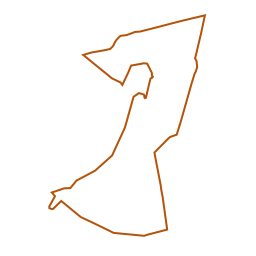 Reifi Kassla, Kassala, Sudan, rotated 357°
{"feature_id": "16777658B3769079063022", "entity_name": "Reifi Kassla", "entity_type": "district", "adm_level": 2, "iso_a3": "SDN", "parent_name": "Sudan", "parent_adm1": "Kassala", "projection": "natural_earth1", "projection_center": [36.343, 15.263], "detail": "fine", "context": "isolated", "style": "outline", "palette": "amber", "viewbox_px": 256, "rotation_deg": 357, "n_neighbors": 0, "source": "geoboundaries", "source_scale": "gbopen_adm2", "svg_char_len": 1349}
<svg xmlns="http://www.w3.org/2000/svg" viewBox="0 0 256 256"><g transform="rotate(357 128 128)"><path d="M135.2,97.1L125.0,127.3L110.7,154.6L92.9,168.9L73.8,177.8L67.3,185.0L61.2,184.9L48.6,188.4L48.7,188.5L51.5,192.3L51.2,192.9L50.7,193.6L50.5,194.0L50.1,194.6L49.9,194.8L49.2,196.0L47.9,198.1L45.3,202.2L45.3,203.9L47.5,204.9L48.9,204.9L57.5,197.4L76.1,214.4L92.2,223.1L108.2,232.0L116.2,233.2L138.5,236.5L141.3,235.7L161.8,231.5L159.1,200.0L159.1,199.6L157.9,190.7L157.7,187.3L154.3,162.8L153.1,153.9L166.8,141.4L169.5,139.2L176.3,137.2L179.4,128.8L179.7,127.7L179.9,127.7L190.8,95.8L193.6,87.5L197.3,77.4L198.8,74.9L200.3,70.6L200.1,68.2L200.1,67.9L200.0,65.3L199.8,64.3L198.6,62.0L200.7,55.4L200.7,55.0L201.9,51.0L206.0,37.0L210.7,19.5L205.8,20.4L188.4,23.6L177.9,25.7L167.2,27.9L148.8,31.6L144.5,32.4L143.2,32.4L140.6,32.4L139.1,32.7L137.2,33.4L131.2,35.2L126.0,35.5L124.6,36.1L121.5,39.0L120.0,40.8L117.3,45.5L114.1,48.3L113.3,48.3L108.6,49.1L95.0,50.8L87.1,52.7L106.1,69.9L110.9,74.2L114.6,77.6L123.0,82.2L124.2,84.1L124.6,84.7L130.9,73.1L134.4,65.8L145.2,64.5L146.6,64.2L148.7,64.4L150.6,64.8L154.5,73.7L154.8,74.9L154.6,75.7L154.6,77.2L155.5,78.0L154.7,79.1L153.1,79.7L151.5,84.8L150.5,88.3L147.5,98.7L146.4,99.0L145.9,97.9L146.4,97.4L145.6,95.5L144.1,94.9L140.8,93.7L135.2,97.1Z" fill="none" stroke="#b45309" stroke-width="2"/></g></svg>